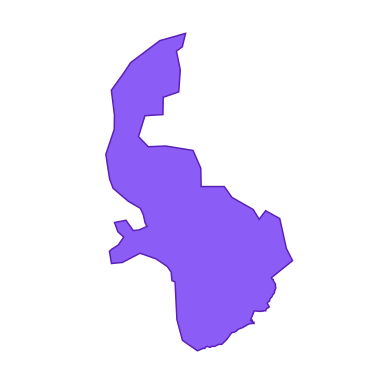 outline of Kara-Suu, Osh, Kyrgyzstan, rotated 172°
{"feature_id": "92254566B53802085045884", "entity_name": "Kara-Suu", "entity_type": "district", "adm_level": 2, "iso_a3": "KGZ", "parent_name": "Kyrgyzstan", "parent_adm1": "Osh", "projection": "robinson", "projection_center": [72.946, 40.266], "detail": "fine", "context": "isolated", "style": "filled", "palette": "violet", "viewbox_px": 384, "rotation_deg": 172, "n_neighbors": 0, "source": "geoboundaries", "source_scale": "gbopen_adm2", "svg_char_len": 2184}
<svg xmlns="http://www.w3.org/2000/svg" viewBox="0 0 384 384"><g transform="rotate(172 192 192)"><path d="M234.7,328.7L243.8,318.5L257.7,304.0L258.1,279.0L260.3,264.8L272.1,241.3L271.8,216.3L269.6,206.6L256.3,191.6L245.4,183.0L243.4,176.2L242.7,167.9L241.3,164.2L249.9,161.8L255.6,162.0L261.3,173.2L273.0,172.6L270.9,162.9L265.9,156.8L272.5,149.7L279.3,146.6L282.0,144.8L281.7,132.4L270.8,131.9L252.1,138.6L236.9,130.8L226.8,121.6L223.8,115.6L224.2,107.0L221.3,105.3L224.7,67.8L222.1,46.4L208.7,34.0L202.6,35.6L201.4,35.3L201.0,35.4L200.6,35.9L200.3,36.2L199.7,36.8L198.0,36.8L197.9,36.7L197.1,36.3L196.5,35.9L195.7,35.7L195.2,35.7L194.9,35.8L194.6,36.2L194.3,36.4L193.9,36.4L193.5,36.4L192.3,36.2L191.2,36.0L189.1,36.6L187.8,37.0L187.2,37.3L186.0,37.3L184.0,37.0L183.9,37.0L183.7,37.0L177.8,41.4L172.4,47.1L169.3,47.4L167.2,48.3L166.7,48.5L166.3,49.0L164.9,49.8L161.8,50.4L159.7,51.1L159.0,51.4L158.6,51.5L157.9,52.0L157.6,52.1L157.2,52.0L156.9,52.4L156.2,52.6L155.5,53.0L153.7,53.5L153.2,53.6L152.4,53.4L152.1,53.4L151.0,53.4L150.4,53.4L148.8,53.2L148.8,54.5L149.2,54.5L150.1,54.5L150.4,54.7L150.4,55.9L150.1,55.9L150.1,56.7L151.9,56.6L151.9,56.8L147.0,65.5L144.9,65.2L142.9,64.6L140.3,64.2L139.0,64.5L138.4,64.1L137.9,64.1L137.6,64.4L135.5,64.1L135.3,64.8L134.7,65.8L133.8,66.4L132.1,67.0L131.5,67.4L133.0,71.5L132.6,71.8L132.2,72.3L130.4,73.2L130.2,73.5L130.2,74.2L130.0,74.7L129.8,74.9L129.6,75.3L129.4,75.5L129.1,75.9L128.8,76.1L128.5,76.2L128.0,76.6L127.2,77.4L126.3,78.9L126.0,79.3L125.7,79.4L125.0,80.0L124.5,80.8L124.2,81.2L124.2,82.0L124.2,82.3L123.7,82.6L123.4,83.7L123.2,83.7L123.0,84.0L122.6,84.9L122.4,85.6L122.3,86.4L122.5,87.2L122.5,87.6L122.2,88.9L122.2,89.2L122.3,89.4L122.6,89.7L122.6,90.1L122.8,90.4L123.0,90.5L123.1,90.9L123.2,91.5L123.8,92.9L123.7,94.0L124.3,94.5L125.2,95.1L125.1,95.8L125.1,96.2L102.0,110.0L106.4,122.9L108.8,153.5L121.7,163.2L129.3,155.6L129.9,157.0L133.8,166.1L153.2,181.1L159.3,192.9L182.2,196.1L180.0,214.3L185.2,233.0L211.6,241.2L229.0,242.9L237.3,254.2L228.0,274.1L210.0,272.7L207.3,289.8L191.2,293.0L186.6,314.5L187.8,333.7L181.4,337.1L176.3,350.0L202.7,346.4L234.7,328.7Z" fill="#8b5cf6" stroke="#5b21b6" stroke-width="1.5"/></g></svg>